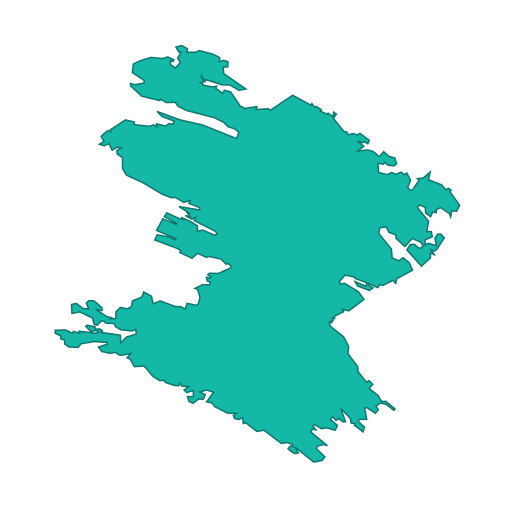 the district of Kvitsøy nor, Norway, rotated 286°
{"feature_id": "86288312B53863768587168", "entity_name": "Kvitsøy nor", "entity_type": "district", "adm_level": 2, "iso_a3": "NOR", "parent_name": "Norway", "parent_adm1": "", "projection": "orthographic", "projection_center": [5.409, 59.066], "detail": "fine", "context": "isolated", "style": "filled", "palette": "teal", "viewbox_px": 512, "rotation_deg": 286, "n_neighbors": 0, "source": "geoboundaries", "source_scale": "gbopen_adm2", "svg_char_len": 6073}
<svg xmlns="http://www.w3.org/2000/svg" viewBox="0 0 512 512"><g transform="rotate(286 256 256)"><path d="M133.2,101.2L131.1,100.8L132.4,93.3L129.3,83.4L126.4,84.3L125.5,90.0L122.4,91.5L122.4,95.2L118.7,96.3L117.0,101.0L119.1,110.3L123.3,111.8L129.1,123.9L131.9,136.8L130.3,137.4L125.1,129.7L121.7,134.0L122.1,142.0L124.7,147.8L123.1,151.1L123.7,154.5L127.7,162.5L122.6,160.1L122.1,163.7L116.1,169.5L119.4,178.8L111.8,190.2L109.6,197.9L111.2,201.5L109.4,204.0L109.1,213.1L109.9,217.3L112.5,217.6L110.5,220.3L111.8,227.4L107.4,223.8L105.6,227.0L109.4,232.9L103.6,234.5L102.0,228.9L97.7,231.6L97.1,236.1L102.6,240.1L103.8,244.8L108.8,245.4L109.8,239.6L113.6,245.6L113.3,252.8L102.2,248.7L102.6,254.3L99.8,257.9L97.1,271.8L99.4,280.6L96.5,278.1L93.9,280.1L94.1,284.7L97.2,287.7L91.5,289.9L92.8,292.4L87.6,305.2L90.7,311.7L82.8,332.0L85.3,337.4L85.0,342.7L82.8,344.3L83.0,341.6L79.6,339.9L78.2,342.4L76.7,347.7L78.5,351.0L83.3,345.9L73.8,368.3L77.6,375.8L81.8,377.6L87.5,367.2L90.2,367.4L93.5,373.2L93.3,377.0L101.8,357.5L105.2,357.7L105.3,361.3L108.6,357.4L110.2,358.7L108.0,366.4L110.4,371.5L110.2,380.0L115.5,381.1L119.4,372.6L122.8,374.1L120.0,378.1L122.5,380.5L120.5,385.2L121.4,387.7L132.8,379.5L126.0,391.4L121.6,393.5L122.2,397.6L120.4,397.4L116.4,407.4L121.4,407.3L125.1,400.1L127.2,400.0L129.6,407.4L139.6,402.4L140.9,404.3L137.7,414.0L141.9,416.0L144.9,412.5L148.8,416.2L149.5,421.4L145.7,431.1L147.3,431.8L152.1,420.8L150.8,416.6L155.6,411.8L159.7,401.4L164.8,403.5L167.4,399.0L165.2,397.1L172.6,386.3L177.9,384.0L187.3,371.4L194.5,370.0L202.4,362.6L209.1,346.5L212.6,344.7L212.8,347.9L213.2,345.2L215.1,348.0L217.7,346.6L217.5,348.8L219.7,348.0L226.6,355.6L228.4,353.8L228.9,360.4L244.0,371.7L249.9,364.4L254.2,348.5L252.2,345.1L254.5,343.2L262.2,346.9L263.0,357.2L261.7,357.5L260.9,370.1L257.2,369.8L258.7,358.3L255.1,361.8L254.2,374.5L257.6,377.3L258.8,372.1L260.6,371.8L259.1,381.6L262.8,383.2L262.7,386.0L270.3,394.4L268.2,397.9L272.9,397.4L285.4,410.3L291.7,405.4L294.9,397.8L290.8,394.8L291.6,387.4L300.0,384.3L311.6,367.7L317.3,367.3L319.8,373.1L315.4,377.2L314.7,384.8L311.6,385.7L306.1,396.4L316.0,401.4L314.6,410.5L311.8,413.8L309.2,412.6L308.6,409.8L310.9,405.3L309.5,401.1L303.4,399.4L291.8,417.8L302.2,424.2L307.1,422.8L306.4,426.9L310.3,422.6L309.9,426.2L312.1,428.0L325.3,432.0L328.0,427.8L327.1,424.6L322.3,423.1L315.7,426.5L315.7,418.2L313.4,415.4L318.1,414.1L323.1,420.1L327.8,417.8L326.5,413.4L336.9,412.3L347.2,397.6L350.2,399.4L349.3,405.3L344.1,407.2L341.9,413.0L347.1,413.8L347.5,417.4L350.4,416.5L353.4,420.1L350.0,430.3L347.3,432.3L353.2,431.7L354.4,436.5L360.8,437.8L371.3,424.7L373.1,425.4L374.1,422.2L371.9,420.5L375.6,414.7L376.8,400.8L384.8,400.2L377.1,395.3L374.8,390.0L374.1,392.0L362.4,388.1L361.8,385.7L363.9,382.9L371.3,383.7L377.4,378.0L375.1,376.6L376.6,372.3L373.1,368.0L373.6,363.4L370.4,359.7L370.0,350.8L378.8,347.6L379.4,353.1L381.6,354.1L379.7,357.5L380.6,363.6L383.3,365.8L388.6,362.2L388.2,356.8L391.5,350.0L385.5,347.1L388.8,339.7L388.7,334.0L385.0,324.8L391.3,329.3L394.3,321.8L394.3,327.1L395.8,328.7L394.7,332.5L398.5,332.9L402.5,322.0L400.4,320.3L400.3,315.1L397.9,311.2L400.4,308.7L399.7,306.4L409.8,292.3L414.5,294.2L415.7,291.0L411.1,291.5L413.2,285.9L411.9,285.5L412.9,278.1L414.6,278.5L416.4,272.4L415.0,271.2L417.9,267.7L416.1,267.4L420.6,246.9L400.0,229.6L400.9,227.2L396.8,215.6L399.8,215.7L394.9,204.7L395.6,199.8L406.7,186.4L406.6,179.9L403.1,179.0L406.1,171.1L408.4,171.2L406.6,168.2L405.6,157.7L407.5,157.3L406.8,153.9L409.6,157.8L412.9,154.1L414.3,154.0L409.8,158.9L411.7,159.1L411.2,176.0L413.2,183.9L410.6,194.0L413.8,200.2L422.3,174.9L428.4,172.3L430.1,176.8L435.0,175.4L435.2,171.0L432.8,167.2L436.7,166.4L438.2,158.3L437.8,144.5L435.5,142.6L432.8,133.5L436.3,133.1L437.8,126.5L434.8,121.4L430.8,125.6L431.2,127.8L424.7,126.2L421.0,130.0L414.3,126.5L416.7,120.8L420.2,120.0L419.9,122.4L422.0,123.1L423.1,116.3L420.1,112.0L417.9,100.1L411.5,90.5L406.7,85.2L398.2,86.6L394.0,99.9L391.5,100.9L387.2,92.1L387.2,87.7L384.8,88.8L378.1,102.2L378.9,120.6L380.5,121.2L378.7,127.1L381.4,136.0L378.4,140.0L376.7,149.3L377.5,177.7L375.6,188.0L372.5,193.7L372.4,200.4L370.2,205.4L363.5,205.0L367.2,168.6L365.9,145.4L367.7,121.1L364.2,127.2L363.1,140.1L359.8,139.9L359.1,135.6L356.0,133.4L355.6,124.0L353.1,125.6L353.9,121.4L351.4,118.2L348.7,102.7L351.3,102.0L350.8,92.9L337.0,81.1L335.4,82.2L335.6,79.0L331.2,75.9L328.3,74.2L324.2,78.3L320.3,74.7L320.1,79.7L323.4,83.6L318.1,88.6L322.2,92.4L323.0,96.4L318.9,93.2L315.7,94.5L313.9,100.5L303.4,103.5L298.0,109.2L295.4,126.6L289.5,148.9L288.7,158.8L290.1,162.2L287.7,171.7L291.2,177.5L288.1,177.0L286.9,188.7L284.7,189.0L282.3,168.3L278.4,181.2L278.2,178.5L275.6,181.9L275.4,176.7L273.7,184.3L276.7,187.2L273.0,186.9L268.5,210.2L266.6,212.6L264.5,210.6L266.3,197.6L263.5,192.8L268.8,191.4L271.1,183.7L272.5,173.3L270.8,176.8L270.6,172.9L272.9,158.4L268.6,157.0L265.4,170.8L264.3,170.5L266.1,156.2L253.2,153.4L250.6,174.3L249.1,173.2L250.4,168.1L249.1,155.1L243.5,154.3L241.6,178.2L240.3,182.3L238.4,181.8L236.2,195.0L242.6,199.2L241.0,208.8L242.6,210.4L243.4,223.3L239.8,229.5L241.2,231.1L239.8,234.5L237.5,234.8L228.9,224.7L226.6,216.0L224.6,214.8L223.5,218.4L222.0,217.9L221.9,214.3L218.6,216.0L218.0,219.5L215.3,219.2L213.8,212.7L208.1,206.3L207.8,209.1L200.7,213.6L193.7,213.7L192.1,212.0L191.5,202.8L185.3,202.5L186.6,197.7L185.2,192.3L186.4,176.3L181.7,170.3L188.5,166.6L190.5,158.0L185.0,157.6L178.9,149.6L172.8,150.1L169.7,146.9L169.2,139.8L163.7,136.8L157.2,138.5L155.4,133.3L156.9,134.1L156.6,129.3L160.5,116.6L161.1,123.0L163.9,122.2L168.3,112.4L166.9,107.5L164.1,105.8L159.1,109.8L157.8,104.5L160.9,96.3L158.5,92.0L150.1,94.9L153.7,102.0L151.3,115.9L145.5,119.4L145.8,122.5L150.7,124.9L151.6,128.2L150.0,129.7L152.0,138.5L149.3,140.4L147.8,146.1L149.7,157.5L152.2,160.6L148.1,162.5L142.3,153.7L135.1,150.0L142.5,147.4L139.8,127.9L141.9,128.9L142.8,125.7L141.4,121.8L143.5,120.7L142.9,112.8L141.5,111.7L138.0,117.9L140.3,122.8L139.5,125.7L137.7,123.6L134.9,106.6L133.1,107.7L133.2,101.2Z" fill="#14b8a6" stroke="#0f766e" stroke-width="1.5"/></g></svg>